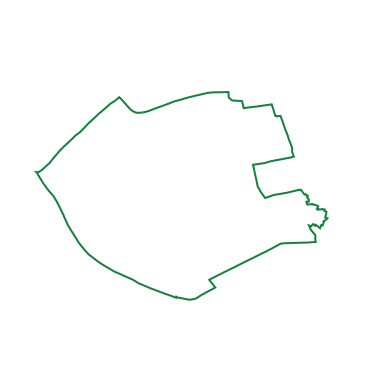 Lat Lum Kaeo, Pathum Thani, Thailand (Robinson projection), rotated 317°
{"feature_id": "78962969B45209726561008", "entity_name": "Lat Lum Kaeo", "entity_type": "district", "adm_level": 2, "iso_a3": "THA", "parent_name": "Thailand", "parent_adm1": "Pathum Thani", "projection": "robinson", "projection_center": [100.399, 14.041], "detail": "fine", "context": "isolated", "style": "outline", "palette": "green", "viewbox_px": 384, "rotation_deg": 317, "n_neighbors": 0, "source": "geoboundaries", "source_scale": "gbopen_adm2", "svg_char_len": 5775}
<svg xmlns="http://www.w3.org/2000/svg" viewBox="0 0 384 384"><g transform="rotate(317 192 192)"><path d="M143.9,277.7L144.7,268.0L145.4,268.1L146.1,268.3L149.3,269.2L151.3,269.8L155.8,271.1L158.3,271.9L161.4,272.7L163.5,273.4L164.8,273.8L166.3,274.2L167.9,274.7L169.3,275.1L173.0,276.3L174.9,276.8L176.2,277.2L177.9,277.7L182.4,279.0L184.0,279.5L185.3,279.9L186.7,280.3L191.3,281.7L192.9,282.2L194.3,282.6L195.0,282.8L195.7,283.0L198.2,283.8L199.2,284.0L201.0,284.6L202.2,284.9L204.2,285.6L204.9,285.8L213.5,288.2L218.5,289.4L221.1,290.1L221.6,290.3L221.9,290.4L224.1,292.1L224.7,292.6L225.4,293.0L225.9,293.6L227.3,294.9L227.8,295.3L228.3,295.7L228.6,296.0L232.8,299.6L235.7,302.2L237.7,303.9L239.7,305.7L241.0,306.9L243.4,308.9L245.6,310.6L248.4,312.9L250.2,310.2L250.7,309.7L250.9,309.7L251.0,309.7L251.8,308.9L252.2,308.3L252.9,307.2L252.9,306.9L252.9,305.1L253.1,300.8L253.1,300.4L253.3,299.9L254.1,298.3L254.3,297.6L254.4,297.1L254.7,296.2L255.1,296.9L255.3,297.6L255.4,298.3L256.1,298.2L258.0,298.1L258.6,298.0L258.8,298.8L258.7,298.9L259.0,300.7L260.1,300.4L260.1,300.8L260.2,301.2L260.3,301.5L260.4,301.8L260.4,302.4L260.8,304.6L260.9,305.8L263.0,304.8L263.5,304.5L264.1,304.3L264.8,305.6L266.8,304.4L268.2,303.8L268.1,303.4L268.2,303.1L269.1,303.2L269.6,303.4L270.4,303.6L272.3,303.7L272.6,303.7L273.2,303.6L272.0,301.5L274.1,300.2L275.3,299.4L276.9,298.1L276.9,297.9L276.4,297.2L275.9,296.0L277.1,295.4L275.5,293.1L275.1,293.3L273.7,292.1L273.4,291.7L273.2,291.5L272.8,290.7L272.1,291.0L272.0,290.9L271.7,289.7L271.8,289.7L272.0,289.6L272.7,289.2L274.0,288.8L274.6,288.4L273.7,286.2L272.8,284.7L272.5,284.0L271.8,282.8L271.4,283.0L271.0,282.3L270.3,281.9L269.6,281.2L269.1,280.8L267.8,279.9L267.8,279.6L268.8,277.5L269.0,277.3L269.1,277.1L270.8,278.7L271.3,278.3L272.4,276.9L272.5,276.8L272.4,276.1L272.4,275.8L272.6,274.6L272.6,274.0L274.0,274.0L273.7,271.2L272.5,270.7L273.0,265.9L273.2,264.6L271.2,263.3L271.3,263.1L271.1,263.0L270.5,262.7L261.3,257.5L254.2,252.9L250.1,250.1L247.2,248.8L243.2,247.1L241.4,246.3L241.7,243.7L241.9,242.0L242.2,239.8L242.6,237.6L242.8,237.2L243.1,236.0L243.3,235.4L243.5,234.6L243.3,233.9L243.5,233.4L244.1,232.3L245.1,230.7L247.3,227.1L247.9,226.1L249.4,223.4L252.0,219.1L252.4,218.5L254.5,214.9L255.2,213.7L256.1,214.3L258.2,215.8L259.1,216.4L264.5,220.1L265.8,220.9L267.5,221.6L269.0,222.4L271.0,223.5L273.4,225.0L282.5,230.8L285.9,232.9L286.8,233.5L287.6,234.0L288.6,234.5L289.8,235.2L290.6,235.6L292.2,231.8L292.4,231.2L292.5,231.1L293.5,229.9L295.1,228.4L295.3,228.1L296.7,224.6L297.5,222.8L298.1,221.1L299.0,218.9L299.4,218.2L300.0,217.0L300.2,216.8L300.2,216.7L301.8,212.7L302.5,210.9L303.9,207.5L304.9,205.4L305.7,203.5L306.4,202.1L307.6,199.1L308.2,197.7L308.6,196.7L305.7,194.7L305.6,194.4L305.8,194.1L304.9,193.4L304.8,193.2L305.4,192.0L307.1,188.5L307.9,187.0L309.2,184.0L310.1,182.3L305.1,178.8L304.1,178.1L303.2,177.5L302.6,177.0L301.7,176.5L300.8,175.8L300.2,175.3L299.6,174.9L298.9,174.5L297.6,173.6L296.6,172.9L295.9,172.3L294.7,171.4L294.4,171.3L294.2,171.1L293.2,170.4L292.2,169.6L290.1,168.1L289.1,167.4L287.0,165.8L288.5,163.5L288.9,162.7L290.4,160.0L290.5,159.7L290.1,159.0L288.8,157.7L286.0,154.8L285.4,154.2L284.7,153.3L284.5,153.2L284.3,153.0L284.0,152.6L283.7,151.8L283.4,148.6L283.4,148.1L283.6,147.8L283.7,147.5L283.8,147.3L284.9,146.0L286.8,143.8L284.0,141.2L283.4,140.7L282.6,140.1L281.3,138.8L280.5,138.0L279.4,137.2L278.4,136.3L277.6,135.4L277.3,135.2L276.5,134.6L275.7,133.8L274.8,133.1L272.1,131.0L271.6,130.6L270.5,129.9L270.1,129.6L268.1,128.5L265.9,127.2L263.8,126.1L262.7,125.4L261.9,125.0L260.9,124.3L258.7,123.1L257.6,122.5L253.7,120.3L252.0,119.4L249.3,118.0L247.8,117.4L247.4,117.1L246.5,116.7L245.6,116.2L244.6,115.7L242.6,114.6L241.2,113.9L239.3,113.0L236.6,112.0L233.9,110.9L232.0,110.0L230.2,109.4L229.1,108.8L226.5,107.8L225.4,107.2L220.8,105.3L218.4,104.4L216.6,103.6L215.8,103.3L214.8,102.8L214.7,102.8L212.6,101.7L211.0,100.7L208.8,99.2L207.0,97.7L205.6,96.3L204.7,94.8L203.9,92.7L203.6,91.2L203.4,89.6L203.3,86.6L203.6,77.2L203.4,73.0L199.3,72.9L196.9,72.6L194.5,72.1L192.6,71.8L189.7,71.7L188.0,71.7L184.7,71.6L177.3,71.2L175.9,71.2L174.7,71.2L171.1,71.3L168.4,71.2L166.6,71.3L164.0,71.1L151.1,71.9L148.0,71.5L145.0,71.2L140.6,71.4L129.6,71.4L123.1,71.6L119.5,72.1L113.8,72.7L107.3,73.7L105.0,73.6L97.1,73.5L94.5,73.1L93.6,72.9L92.2,71.8L91.7,71.3L91.7,71.7L91.7,71.9L90.2,79.2L89.9,80.5L89.1,84.4L88.9,86.1L88.7,88.2L88.3,90.9L88.1,93.7L88.0,94.6L88.0,98.8L87.9,100.0L87.8,101.0L87.7,101.6L87.4,102.7L87.3,103.4L87.0,104.6L86.8,105.9L86.4,107.4L84.7,113.2L83.9,116.0L82.7,119.8L82.5,120.6L81.4,123.3L80.5,126.1L78.7,131.5L78.3,133.3L77.9,135.4L77.7,136.0L77.2,138.5L76.3,143.5L75.9,145.7L75.3,148.6L74.6,151.9L74.5,152.6L74.4,154.6L74.0,159.4L74.0,160.4L73.9,162.4L73.9,162.8L73.9,163.2L73.9,164.7L73.9,166.5L73.9,167.1L74.0,167.8L74.1,168.5L74.3,169.6L74.5,170.6L74.6,171.5L75.1,174.7L75.3,175.8L75.7,178.1L76.0,179.4L76.2,180.2L76.7,182.4L77.1,184.2L78.1,187.9L78.7,189.5L79.5,192.2L80.2,194.7L81.1,197.7L81.3,198.3L82.1,199.7L82.4,200.4L83.8,203.7L84.7,205.9L85.9,208.8L88.2,214.0L88.6,215.0L89.0,216.2L89.4,217.4L90.1,220.0L90.3,220.7L90.5,221.4L90.9,222.7L91.2,223.4L92.3,225.8L92.7,226.7L93.5,228.6L94.3,230.2L95.1,232.0L95.7,233.6L96.6,235.4L99.5,241.1L100.9,244.1L101.5,245.1L102.9,248.0L103.6,249.3L104.6,251.2L105.2,252.2L105.4,252.8L105.8,253.5L106.2,254.1L106.7,255.4L107.9,257.8L108.4,258.7L109.0,258.2L109.0,258.3L110.0,259.9L111.2,261.6L114.0,265.5L115.1,266.9L115.9,268.2L116.4,268.8L117.0,269.3L119.1,270.7L119.9,271.3L121.1,272.1L121.9,272.4L123.3,272.8L125.2,273.2L126.9,273.4L129.3,273.9L130.8,274.4L133.5,275.0L136.3,275.7L137.1,275.9L138.2,276.3L138.5,276.3L139.2,276.6L141.4,277.1L143.9,277.7Z" fill="none" stroke="#15803d" stroke-width="2"/></g></svg>